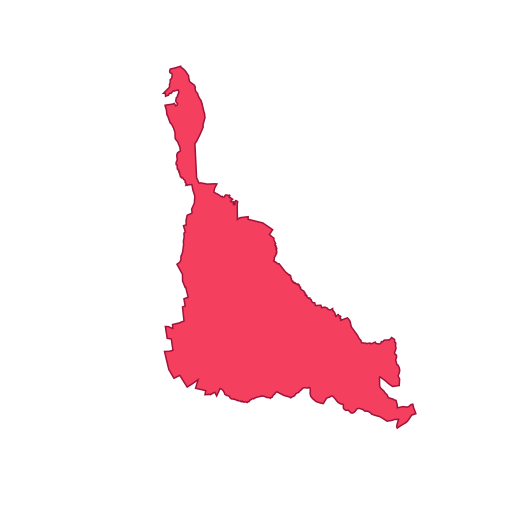 Lazarea, Harghita, Romania (orthographic projection), rotated 75°
{"feature_id": "2599482B18628071663922", "entity_name": "Lazarea", "entity_type": "district", "adm_level": 2, "iso_a3": "ROU", "parent_name": "Romania", "parent_adm1": "Harghita", "projection": "orthographic", "projection_center": [25.497, 46.771], "detail": "fine", "context": "isolated", "style": "filled", "palette": "rose", "viewbox_px": 512, "rotation_deg": 75, "n_neighbors": 0, "source": "geoboundaries", "source_scale": "gbopen_adm2", "svg_char_len": 6116}
<svg xmlns="http://www.w3.org/2000/svg" viewBox="0 0 512 512"><g transform="rotate(75 256 256)"><path d="M343.0,369.6L352.9,366.9L351.6,360.5L364.8,356.4L363.1,351.0L360.5,344.0L368.1,348.6L373.1,339.4L376.8,341.2L377.8,335.9L378.1,335.9L376.9,331.1L381.0,330.2L374.7,325.0L376.7,322.9L379.5,322.0L381.5,321.9L383.3,320.2L383.7,319.1L384.6,318.1L386.2,317.8L387.7,316.7L388.0,315.6L388.9,314.2L388.9,313.4L390.4,312.0L390.4,311.3L391.3,310.7L391.8,308.9L392.7,308.3L393.1,307.4L392.6,306.8L393.8,306.0L393.7,305.4L394.2,304.8L394.1,304.6L394.2,303.8L395.3,302.2L394.6,301.1L394.8,300.4L393.5,298.9L393.6,298.4L392.8,296.4L393.4,295.4L392.8,293.4L392.6,291.0L392.8,289.2L392.6,287.0L393.0,286.7L393.2,285.0L395.5,282.1L396.5,279.4L397.2,278.9L396.7,278.2L396.5,276.8L395.8,276.4L394.9,275.2L394.3,274.2L394.3,273.8L393.4,272.9L392.5,271.1L398.1,264.9L400.8,260.2L402.0,259.2L401.5,257.7L401.0,254.9L399.4,253.2L398.9,251.5L398.9,250.3L397.4,248.0L396.9,246.6L395.9,245.4L395.7,243.5L397.0,240.0L396.8,238.4L397.4,238.0L399.4,238.2L402.6,239.3L405.6,239.5L408.7,238.1L412.2,235.5L414.6,232.0L416.0,229.2L411.6,224.6L411.3,221.1L410.8,219.5L411.0,218.5L412.8,217.3L418.7,214.7L421.1,212.1L421.3,210.8L422.2,210.2L425.2,210.9L426.0,210.9L426.9,210.4L428.1,209.5L428.4,208.9L428.9,206.7L432.1,204.9L432.7,203.5L432.5,202.0L431.7,200.4L429.9,198.2L429.7,196.9L430.0,195.6L431.9,192.6L434.0,191.1L434.6,189.0L435.4,187.6L436.7,186.2L438.6,185.3L440.9,182.0L443.4,177.7L449.5,172.1L450.0,167.1L449.7,164.8L450.7,160.6L455.4,163.5L457.4,164.3L458.8,164.1L457.2,159.6L455.6,153.8L453.9,151.3L450.0,146.8L449.7,142.4L443.3,143.0L439.7,142.9L439.6,144.7L440.9,147.3L441.1,149.1L439.5,153.0L439.2,158.8L436.3,158.1L431.7,158.1L430.6,160.0L429.9,160.3L427.1,164.8L423.9,165.4L421.2,167.0L419.6,167.4L415.7,169.9L413.5,170.2L405.4,168.2L404.7,167.6L409.8,163.5L413.6,161.0L417.4,157.9L418.2,151.2L412.0,149.1L408.6,149.8L405.9,147.8L403.5,146.7L400.4,146.6L398.0,147.2L397.5,148.0L392.4,148.0L390.5,146.6L388.7,146.0L387.4,146.4L386.7,147.3L385.3,147.2L381.5,144.6L379.1,144.5L376.2,143.5L375.8,143.6L375.4,144.3L372.5,143.8L369.8,146.1L371.6,148.7L370.4,153.9L371.6,155.7L371.1,157.0L372.5,158.0L373.0,159.4L371.6,162.7L370.0,163.1L370.7,167.6L369.6,168.3L369.2,172.0L368.8,172.2L367.1,176.5L364.6,176.5L362.3,177.8L358.6,178.6L349.1,182.3L343.6,182.0L340.9,182.9L339.4,183.8L340.1,190.8L338.6,190.3L337.8,191.0L336.4,189.8L335.9,190.1L335.4,191.3L333.9,191.6L334.1,192.8L335.1,194.4L333.6,194.9L332.4,194.5L330.8,194.8L328.6,195.7L328.6,196.0L326.6,195.6L327.3,197.9L327.2,198.9L325.8,200.3L324.7,200.7L323.4,202.5L323.0,203.5L323.0,205.9L320.3,206.1L319.3,211.1L318.9,211.4L316.3,211.4L316.2,212.4L315.3,213.5L313.7,214.0L312.5,214.0L312.0,214.4L311.9,214.7L311.0,214.9L310.8,215.4L310.5,215.1L309.8,216.7L308.7,217.4L307.8,217.1L307.3,217.7L307.0,217.5L306.5,218.3L306.3,217.9L305.5,217.9L304.8,218.4L303.6,218.3L303.1,218.9L302.2,218.9L300.4,220.8L299.4,221.3L298.5,221.2L298.4,221.5L297.6,221.1L296.8,221.9L295.8,221.8L295.9,222.3L295.4,221.7L294.9,222.0L294.7,222.6L294.4,222.4L293.9,222.6L294.0,223.6L292.8,224.7L293.1,224.7L292.8,225.2L292.0,225.2L291.8,226.0L291.5,225.9L291.2,226.9L290.1,226.8L289.8,227.4L289.6,227.3L288.0,228.0L287.4,227.6L285.7,228.0L284.3,227.6L282.7,228.5L282.7,229.4L281.7,229.7L279.0,231.7L269.3,235.8L269.1,237.3L267.4,238.0L266.9,239.1L266.4,239.1L265.5,240.3L264.5,239.4L262.8,238.9L262.0,238.4L260.3,236.7L259.7,236.5L258.9,235.4L258.1,235.6L258.0,235.2L256.9,234.7L255.8,234.8L254.3,234.1L254.3,234.7L253.5,234.1L252.6,234.5L251.7,234.0L251.4,234.2L251.7,234.6L250.3,235.0L249.1,233.8L245.3,234.6L243.5,234.1L238.8,237.5L234.9,233.1L225.8,240.9L218.5,254.1L216.0,253.4L214.9,261.1L215.2,263.2L215.9,264.5L201.4,260.8L198.8,259.6L197.7,260.5L197.2,261.4L198.7,262.6L200.2,262.6L200.8,263.5L200.6,264.3L199.7,264.5L199.0,263.5L198.2,263.3L197.7,263.8L197.8,264.6L197.3,265.7L196.4,266.3L195.4,265.2L195.5,264.0L195.2,263.8L193.2,265.5L192.7,266.5L192.1,266.6L191.1,265.7L190.4,265.8L190.3,267.3L189.7,268.0L189.2,269.5L189.7,270.4L190.8,271.2L190.7,272.5L189.6,273.2L189.8,274.1L186.9,276.4L183.7,280.0L182.8,279.9L179.8,278.4L176.3,275.1L175.7,276.7L173.9,284.6L171.1,290.3L170.8,292.2L164.9,293.1L131.5,285.9L130.2,284.0L124.2,278.7L117.7,273.6L115.5,273.2L109.2,269.5L104.8,268.8L104.1,269.0L94.4,268.7L91.5,268.9L89.3,269.7L86.0,270.4L84.1,270.3L81.3,271.6L78.4,271.5L77.2,270.9L75.1,271.3L70.4,275.0L65.7,274.8L64.8,274.4L59.3,276.2L56.6,277.7L54.3,279.5L53.2,279.6L53.4,286.4L53.2,290.4L55.0,291.6L56.6,291.7L58.0,290.1L59.5,290.1L62.6,291.6L63.5,293.3L66.3,294.0L67.7,295.1L70.6,295.9L74.9,303.3L75.4,301.5L78.3,302.0L78.0,298.9L76.7,297.8L76.5,296.0L76.8,295.9L75.0,293.1L75.5,292.4L75.4,288.3L76.8,288.1L78.8,288.6L80.2,290.1L81.8,290.6L82.3,291.9L85.3,293.4L87.2,293.2L88.3,292.3L89.6,292.9L90.2,294.6L87.4,295.6L87.7,297.2L86.8,304.8L87.4,305.0L91.3,304.7L96.5,305.5L98.5,305.0L105.1,304.5L107.0,303.4L111.2,302.5L115.8,302.3L121.1,303.6L122.3,303.5L125.5,302.1L131.1,301.4L134.8,301.8L135.2,302.4L135.4,303.7L136.0,304.2L135.9,304.9L137.2,306.0L138.6,306.6L142.2,307.1L143.5,307.7L144.7,308.8L146.5,309.4L147.0,309.5L147.6,308.6L149.7,309.2L150.9,309.1L151.4,309.5L152.0,309.0L152.4,309.2L153.2,308.3L154.3,308.7L155.0,308.3L155.1,308.7L157.4,308.4L160.0,308.5L160.2,307.8L161.4,307.5L161.6,306.7L162.0,306.3L163.3,306.1L164.5,305.1L165.8,305.1L166.5,305.4L167.2,304.9L168.4,304.8L169.4,305.4L169.3,304.6L169.9,304.3L169.7,303.9L169.6,304.2L169.3,303.8L169.9,302.6L170.3,299.7L170.5,299.5L176.3,299.9L182.3,299.6L189.0,301.9L194.0,306.0L197.7,306.6L198.2,307.5L198.8,311.9L203.5,314.4L207.9,315.3L207.9,318.2L214.5,318.1L215.3,319.7L219.2,320.5L222.8,322.3L226.3,323.0L233.0,325.8L235.6,327.4L236.6,328.5L240.4,329.6L242.3,331.3L243.5,334.5L254.1,331.9L254.3,331.7L261.1,333.4L268.0,332.6L268.0,332.0L278.2,332.2L278.7,336.7L286.0,337.4L286.2,340.2L300.3,342.4L300.4,345.8L300.8,346.4L300.6,354.4L304.4,355.1L303.5,356.6L301.6,358.8L300.6,361.8L312.6,363.1L314.2,359.3L325.5,360.6L325.6,364.5L324.5,369.1L343.0,369.6Z" fill="#f43f5e" stroke="#9f1239" stroke-width="1.5"/></g></svg>